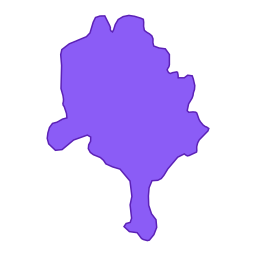 an SVG outline of Kano
{"feature_id": "NGA-2869", "entity_name": "Kano", "entity_type": "State", "adm_level": 1, "iso_a3": "NGA", "parent_name": "Nigeria", "parent_adm1": "", "projection": "robinson", "projection_center": [8.618, 11.56], "detail": "fine", "context": "isolated", "style": "filled", "palette": "violet", "viewbox_px": 256, "rotation_deg": 0, "n_neighbors": 0, "source": "natural_earth", "source_scale": "10m", "svg_char_len": 1683}
<svg xmlns="http://www.w3.org/2000/svg" viewBox="0 0 256 256"><path d="M196.5,152.1L189.2,155.5L187.4,155.9L185.7,155.0L184.3,153.9L177.7,157.2L167.8,168.9L163.9,175.3L161.3,178.5L157.8,180.3L152.0,180.7L149.1,187.7L148.4,196.0L148.7,205.3L151.5,213.8L156.0,219.7L156.7,227.4L153.9,234.6L149.4,240.1L147.4,240.6L143.3,239.5L141.5,238.5L137.2,232.7L129.4,231.6L124.0,226.6L126.1,223.5L130.2,222.4L131.6,218.2L130.1,204.9L131.9,196.4L130.0,181.0L120.0,169.1L112.6,166.9L105.9,163.9L103.5,160.3L100.3,157.5L93.4,154.7L90.3,152.4L88.3,148.7L88.7,144.8L90.6,141.2L90.7,137.0L87.3,135.1L73.6,140.0L62.1,149.6L55.4,150.3L48.7,143.9L47.2,138.3L47.9,132.9L49.5,127.5L52.5,123.4L57.0,122.2L62.5,119.1L66.9,117.9L66.5,113.5L64.2,106.6L63.2,105.2L62.9,103.5L63.4,101.5L63.5,99.3L63.0,95.7L61.0,88.6L61.6,65.5L60.7,54.6L61.8,49.6L69.3,43.8L86.4,36.7L90.0,32.9L93.2,22.2L95.5,17.5L100.0,16.0L104.8,15.9L109.7,25.7L110.4,27.6L110.3,29.3L110.8,30.8L112.5,31.9L113.6,29.8L115.3,24.4L118.2,19.5L123.1,16.6L128.9,15.4L134.6,16.3L140.9,18.2L143.3,19.3L143.7,22.2L143.6,26.4L144.4,30.4L146.8,32.3L149.4,33.8L151.8,35.8L153.0,38.8L152.9,42.6L153.7,46.0L159.1,48.0L165.3,48.8L169.4,54.5L169.4,64.7L168.9,66.7L167.9,68.2L167.1,69.9L168.4,72.3L169.4,73.1L170.4,73.5L172.7,72.6L176.7,71.9L177.5,72.3L178.1,75.0L178.2,77.8L184.3,77.8L187.7,75.2L192.2,75.8L193.3,79.0L194.8,85.6L194.5,89.4L193.4,92.8L193.0,95.5L192.1,98.1L188.6,103.9L187.2,110.7L188.8,112.3L193.0,111.9L195.7,112.2L196.8,113.1L199.0,119.4L200.4,121.8L203.1,125.0L205.3,126.6L206.6,127.0L208.8,128.5L207.9,131.0L199.3,139.8L197.7,142.8L196.8,146.2L196.7,147.7L196.8,150.7L196.5,152.1Z" fill="#8b5cf6" stroke="#5b21b6" stroke-width="1.5"/></svg>